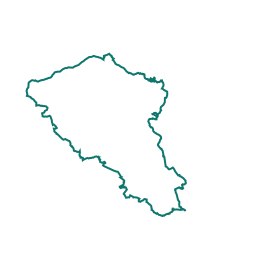 Stoenesti, Vâlcea, Romania (Mercator projection), rotated 318°
{"feature_id": "2599482B56016323731525", "entity_name": "Stoenesti", "entity_type": "district", "adm_level": 2, "iso_a3": "ROU", "parent_name": "Romania", "parent_adm1": "Vâlcea", "projection": "mercator", "projection_center": [24.166, 45.143], "detail": "fine", "context": "isolated", "style": "outline", "palette": "teal", "viewbox_px": 256, "rotation_deg": 318, "n_neighbors": 0, "source": "geoboundaries", "source_scale": "gbopen_adm2", "svg_char_len": 5753}
<svg xmlns="http://www.w3.org/2000/svg" viewBox="0 0 256 256"><g transform="rotate(318 128 128)"><path d="M128.7,209.6L128.8,208.6L129.4,207.8L130.1,206.4L131.0,206.4L131.5,207.3L132.0,207.6L133.8,207.8L134.2,207.6L134.7,206.5L135.5,205.7L135.5,203.6L135.6,202.4L135.2,201.3L135.0,199.7L134.3,198.8L134.4,198.2L134.8,197.5L134.5,197.2L133.6,196.9L133.8,194.0L134.1,191.4L134.7,189.6L134.8,187.4L132.4,186.9L130.8,186.1L130.7,185.4L130.8,183.3L130.6,182.3L130.3,181.8L135.7,173.7L135.8,173.4L135.2,172.9L135.4,172.2L136.3,171.7L138.5,168.1L138.6,167.1L138.5,166.7L139.0,165.8L138.4,165.2L138.5,164.4L138.5,162.2L138.9,161.3L138.8,160.7L139.2,160.3L140.7,159.7L141.5,159.7L144.4,158.1L145.5,158.1L146.5,156.7L146.7,155.3L146.4,154.5L146.4,153.7L145.6,152.2L145.3,151.1L145.3,150.5L144.9,149.7L144.7,148.4L144.8,147.0L145.8,145.7L146.2,144.7L146.1,143.2L145.4,142.8L145.8,140.3L146.3,140.0L146.9,139.3L147.1,137.9L147.5,136.7L149.2,135.7L150.1,135.8L150.9,136.4L151.4,136.6L152.1,137.5L152.9,137.4L153.4,138.6L153.9,139.2L154.0,139.8L155.0,140.6L155.7,139.7L156.7,139.5L156.8,138.2L157.1,137.8L156.4,136.2L156.3,135.2L155.5,134.4L155.5,134.1L156.6,134.5L157.5,134.3L158.7,135.3L158.9,136.4L158.5,137.5L158.6,138.5L159.2,137.9L160.1,137.7L161.7,138.0L162.9,137.4L164.4,137.0L164.3,136.4L164.8,136.0L165.2,135.3L166.7,134.4L169.9,134.5L172.7,133.4L174.8,131.1L175.7,130.4L176.5,131.1L177.3,130.9L179.5,129.5L181.4,127.2L180.1,123.6L180.0,121.9L179.6,121.4L182.5,120.4L183.4,119.6L184.5,117.7L184.2,116.4L185.1,115.4L184.2,114.6L183.0,115.0L182.1,114.9L181.1,113.9L180.3,113.8L180.0,113.3L180.1,112.0L179.8,111.3L178.6,111.2L177.9,110.0L176.2,109.0L176.1,108.6L177.6,109.0L179.8,110.5L180.3,109.7L181.1,109.0L181.3,108.6L181.2,108.1L180.9,108.1L179.2,109.3L178.3,108.2L178.7,107.9L178.1,106.3L175.8,107.4L175.5,106.7L175.0,106.4L175.0,106.2L175.7,105.6L175.4,105.3L175.2,104.5L174.4,103.9L174.4,103.5L174.1,102.9L174.0,102.1L174.7,100.7L175.5,100.1L175.5,99.2L176.0,99.0L175.8,98.3L175.2,98.0L175.1,97.5L174.6,97.5L174.5,97.1L173.9,96.5L173.9,95.7L172.9,95.5L172.8,94.4L172.3,93.6L171.4,93.5L170.8,93.2L170.3,93.2L169.4,92.7L168.2,92.4L167.9,91.9L167.5,91.8L166.7,89.1L166.3,88.8L166.1,88.1L165.2,87.7L165.2,86.5L164.8,85.3L164.8,84.7L165.0,81.3L164.7,80.0L163.8,78.1L163.2,75.4L162.1,73.4L161.7,72.1L162.4,68.6L162.2,67.2L163.8,66.9L163.4,65.3L163.5,63.9L164.0,63.8L163.9,62.4L163.6,61.8L163.7,60.3L161.2,59.6L158.4,58.3L157.6,59.1L157.8,59.6L157.1,59.9L156.4,59.8L155.5,60.8L155.0,58.9L154.5,57.4L153.4,55.9L153.1,55.0L151.8,53.5L150.9,51.6L148.4,50.7L146.6,49.3L141.3,48.5L139.6,48.6L137.8,48.1L133.5,48.1L129.1,46.4L127.7,46.4L126.3,45.2L124.1,42.9L122.5,42.5L121.5,41.5L118.8,40.7L115.2,40.6L113.3,39.0L110.8,37.6L108.6,38.1L107.4,38.0L106.2,38.6L104.4,38.8L102.0,37.5L101.0,37.3L99.7,36.5L99.0,36.4L97.3,35.6L95.0,34.2L92.2,33.3L91.3,31.8L91.1,30.7L90.3,30.5L89.2,28.8L88.4,28.2L85.3,27.8L84.2,28.1L81.1,31.2L79.5,31.3L77.4,32.6L75.6,35.8L74.3,36.5L74.5,36.9L75.1,37.2L75.5,38.3L76.2,39.6L76.3,40.5L76.0,41.2L76.5,42.2L76.9,43.7L76.6,45.9L76.8,46.3L76.8,47.9L75.7,49.0L75.6,49.5L75.2,49.5L74.8,50.0L77.1,51.4L77.5,51.9L77.7,52.9L78.5,53.4L79.1,54.4L79.4,54.4L79.9,55.3L80.8,56.0L81.1,56.6L81.6,57.1L81.7,59.2L79.9,60.3L77.7,59.7L76.0,60.4L74.0,59.6L72.6,62.0L72.4,62.2L72.9,63.1L74.8,64.6L75.2,65.3L77.9,66.5L78.1,67.5L76.6,71.1L75.4,72.9L74.2,75.4L75.0,75.5L75.2,75.9L75.4,78.5L75.1,80.3L73.5,79.9L72.5,78.9L72.0,80.0L71.0,81.2L71.0,82.5L71.4,83.8L71.3,84.3L70.9,84.6L71.5,85.8L71.8,91.9L72.2,93.5L74.1,94.3L74.3,95.2L74.8,96.3L75.0,97.2L75.7,98.4L75.5,99.9L74.6,101.5L73.7,102.1L73.7,103.7L74.3,104.3L74.2,104.6L73.7,105.0L74.0,106.1L73.5,107.4L72.7,108.4L72.6,108.8L73.0,109.6L73.6,110.0L74.2,111.7L74.7,112.0L75.0,112.5L75.7,113.2L76.7,112.9L75.7,114.2L73.9,115.5L73.7,116.4L73.3,116.8L73.6,117.8L72.9,118.4L74.5,119.9L74.0,120.7L73.2,121.1L72.8,121.7L74.2,121.9L77.3,122.9L77.9,123.3L78.5,124.4L79.3,124.6L80.6,125.7L81.7,126.0L82.5,126.9L84.0,127.1L85.3,127.9L85.6,128.1L86.1,129.3L86.6,129.5L86.4,129.8L86.2,130.5L86.8,130.7L86.3,131.1L86.3,131.7L85.7,132.1L85.9,132.5L85.5,132.5L85.4,132.7L85.6,133.2L84.6,134.6L85.5,136.5L87.8,137.4L87.8,138.2L87.9,138.3L87.8,138.8L87.6,138.9L86.9,138.2L84.4,139.1L84.7,140.4L88.8,149.9L90.1,152.4L91.2,153.8L90.3,159.0L90.0,159.5L89.7,159.5L90.2,160.1L89.3,160.2L89.8,162.3L90.0,164.5L89.1,165.3L88.7,165.3L88.8,165.7L88.3,165.9L87.2,166.8L86.2,167.2L85.6,167.3L85.3,167.1L85.2,167.3L85.1,167.0L85.3,167.0L85.3,166.7L84.5,166.5L84.2,166.9L83.8,166.4L83.2,166.5L82.6,166.1L82.3,166.7L82.3,167.4L83.0,167.3L83.0,168.0L86.0,169.4L85.6,169.9L86.6,170.8L85.9,173.0L81.6,173.8L80.7,174.1L80.7,175.6L79.9,178.6L81.7,179.6L82.5,180.4L84.6,179.5L85.7,182.5L85.8,182.9L85.6,183.2L86.6,184.0L88.0,185.5L89.1,187.8L89.2,188.3L87.9,188.6L86.9,189.8L87.7,190.6L87.8,191.1L89.6,191.3L90.5,191.8L92.7,191.8L93.9,193.5L93.6,193.6L93.4,194.3L92.2,195.4L92.6,196.2L92.7,196.9L92.7,198.4L93.0,199.3L93.1,201.2L92.7,202.2L92.0,203.0L91.8,203.7L91.3,204.4L90.8,204.6L91.2,206.0L91.1,206.3L91.2,207.3L90.8,208.0L91.5,209.4L91.8,210.8L92.7,210.9L92.8,213.1L93.7,214.3L94.3,215.8L94.8,216.1L94.9,216.5L95.7,216.5L96.1,217.3L98.2,217.5L100.8,218.7L100.8,219.1L101.5,219.1L101.7,219.4L102.1,219.2L103.0,219.2L104.6,219.7L105.5,219.5L106.2,218.8L106.2,219.4L106.5,219.5L106.7,219.4L106.6,218.4L107.3,218.2L107.2,218.6L108.0,219.4L108.3,220.1L109.6,221.0L112.4,224.1L114.6,225.5L115.3,227.0L115.1,228.2L115.4,226.9L113.9,223.1L114.4,222.0L113.6,220.9L114.8,219.2L116.8,217.1L116.9,215.5L117.3,214.3L118.8,211.7L119.9,209.4L120.4,207.7L121.3,206.4L121.5,205.6L121.9,205.1L126.3,206.3L126.5,206.8L126.4,207.2L126.4,207.7L126.6,208.1L127.2,208.1L127.4,209.5L127.8,209.7L128.7,209.6Z" fill="none" stroke="#0f766e" stroke-width="2"/></g></svg>